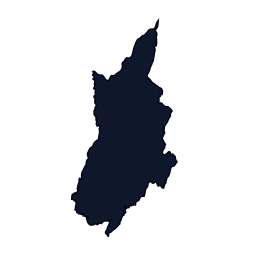 outline of Bucaramanga, Santander, Colombia, rotated 4°
{"feature_id": "7082276B15400349523065", "entity_name": "Bucaramanga", "entity_type": "district", "adm_level": 2, "iso_a3": "COL", "parent_name": "Colombia", "parent_adm1": "Santander", "projection": "equal_earth", "projection_center": [-73.115, 7.167], "detail": "fine", "context": "isolated", "style": "filled", "palette": "ink", "viewbox_px": 256, "rotation_deg": 4, "n_neighbors": 0, "source": "geoboundaries", "source_scale": "gbopen_adm2", "svg_char_len": 5802}
<svg xmlns="http://www.w3.org/2000/svg" viewBox="0 0 256 256"><g transform="rotate(4 128 128)"><path d="M159.5,92.3L159.8,91.4L159.9,88.8L159.3,87.6L158.4,86.2L155.6,85.2L154.5,84.1L152.7,83.4L151.7,82.7L151.2,82.1L150.3,81.8L149.5,81.2L147.9,79.9L147.2,78.8L145.9,77.5L144.1,76.3L143.7,75.5L143.4,74.5L143.4,73.4L144.4,71.7L145.0,70.3L146.2,65.1L147.3,62.6L147.5,61.2L148.4,59.4L149.4,49.2L149.6,48.5L149.3,47.0L148.8,46.3L148.6,45.6L148.9,45.0L150.1,44.2L150.4,43.8L150.6,41.8L150.3,37.6L149.9,36.2L150.1,33.6L150.1,31.6L149.6,30.6L148.6,29.4L148.5,28.9L148.6,28.2L149.9,26.1L150.5,24.8L150.7,18.7L149.7,20.2L148.9,22.5L148.7,23.8L148.2,25.2L147.8,26.4L147.2,27.1L146.5,27.5L143.6,27.9L142.2,28.5L140.6,30.9L138.2,34.0L137.8,34.3L136.3,34.9L134.7,36.4L133.5,37.8L132.0,38.6L131.4,39.2L131.0,39.9L130.1,41.8L128.7,46.5L128.2,48.3L127.4,53.6L126.7,55.9L125.7,57.3L124.6,58.2L124.1,58.3L122.2,58.1L121.5,58.2L120.1,60.2L119.3,62.1L118.3,62.7L117.9,63.5L117.7,64.5L118.2,66.9L118.0,68.4L117.5,70.0L116.6,71.5L115.7,72.4L113.6,73.8L113.2,74.5L112.4,74.9L111.3,76.2L109.5,76.9L108.0,76.9L107.5,77.2L106.2,80.0L105.9,81.2L105.4,81.8L104.6,82.1L102.7,81.6L101.0,79.7L100.3,78.7L98.8,77.1L96.3,77.2L94.4,76.8L93.2,76.2L91.8,74.7L90.3,73.8L90.0,73.7L88.9,74.2L89.8,75.5L89.7,76.6L89.4,77.4L89.2,77.4L89.3,78.1L89.6,78.4L90.5,78.4L90.7,78.8L90.8,79.2L90.6,80.1L89.7,81.4L89.8,82.0L90.1,82.2L90.7,81.8L91.2,81.9L91.5,82.2L91.7,83.1L91.7,83.8L91.5,84.9L91.5,86.3L91.5,87.0L91.8,87.8L91.9,88.5L91.9,89.1L91.0,90.5L91.0,91.1L92.8,91.6L93.0,91.8L92.7,94.6L93.2,96.8L93.2,97.7L93.0,98.0L92.2,98.1L92.1,98.3L91.9,99.3L92.0,99.8L92.9,100.6L93.1,101.0L93.1,104.3L93.3,105.4L93.6,105.9L94.8,107.1L95.0,107.5L93.9,109.3L93.6,111.9L93.0,113.5L92.9,113.9L93.2,115.0L93.2,116.5L93.8,117.7L94.9,118.7L95.3,119.4L95.6,122.4L96.2,123.4L96.4,124.2L96.0,126.1L96.8,127.7L97.1,128.2L97.7,128.2L99.0,127.2L99.7,127.2L99.8,127.4L100.1,128.3L99.7,128.9L99.6,130.2L99.4,130.9L99.8,132.6L100.0,135.1L99.6,137.3L99.5,140.2L98.8,142.0L96.9,143.3L95.3,145.2L94.6,146.7L94.2,148.5L93.5,149.3L91.8,150.6L91.3,151.3L89.6,155.7L89.4,156.7L89.6,158.2L90.5,160.2L90.6,161.5L90.3,162.1L89.8,162.3L89.4,162.8L88.9,164.7L88.8,167.2L88.6,168.1L87.7,169.4L86.3,173.1L85.7,174.3L85.2,176.1L85.0,178.8L85.4,181.1L85.4,182.5L85.0,182.7L83.8,181.6L83.3,181.5L82.9,182.3L82.8,183.1L83.1,184.8L82.6,186.3L82.4,187.9L81.9,189.1L81.9,191.0L81.6,192.0L82.1,193.1L82.2,194.1L82.1,195.0L81.1,196.0L78.6,197.0L77.2,198.4L76.9,198.9L76.8,199.7L76.8,202.9L77.1,202.8L77.8,203.0L79.1,203.8L80.3,204.8L81.7,205.2L81.4,206.5L81.6,208.1L81.4,209.1L81.1,209.5L81.3,211.8L81.0,212.4L81.0,212.8L80.8,213.2L82.3,214.0L82.8,214.0L82.6,214.7L83.1,216.0L85.0,216.6L85.4,216.5L85.6,215.7L85.6,216.5L85.4,217.0L87.4,216.7L87.3,217.4L88.4,217.5L88.5,217.1L89.5,217.3L89.5,218.8L93.5,219.1L94.7,219.4L94.7,219.8L93.9,220.6L93.2,220.3L92.8,220.3L93.0,221.3L94.5,225.0L95.9,226.6L96.3,226.8L96.4,227.1L97.8,227.4L98.6,227.5L99.6,226.8L100.3,227.0L100.5,226.8L100.6,226.2L101.0,226.1L101.3,226.2L101.5,225.6L102.0,225.6L103.7,226.5L104.3,226.4L105.1,225.9L105.4,224.7L108.3,225.1L108.7,224.1L110.9,222.3L112.0,222.3L113.3,222.1L114.9,222.3L115.4,222.0L116.6,221.1L116.8,221.5L116.5,222.5L116.4,223.3L115.9,225.0L115.7,225.8L114.5,228.6L114.1,231.1L113.1,232.5L112.9,233.2L112.9,234.0L113.0,234.6L114.7,235.8L115.2,237.0L115.6,237.3L115.9,237.3L116.1,236.0L116.0,235.2L116.3,233.9L117.0,233.7L118.3,232.9L120.5,230.5L121.2,230.2L121.9,229.6L122.1,229.2L122.6,228.9L122.8,228.3L123.8,227.5L124.0,227.4L124.5,226.7L124.6,226.1L124.9,225.6L125.6,225.1L125.5,224.5L126.1,224.6L126.6,224.1L126.2,223.5L126.5,222.8L126.4,222.4L127.4,220.6L127.4,219.9L127.7,219.3L127.8,218.2L127.9,217.7L128.6,216.3L129.2,215.6L129.8,215.4L130.5,213.3L130.8,213.3L131.0,213.1L131.1,212.6L131.6,212.4L131.1,210.9L131.0,209.4L129.9,206.5L130.3,206.2L130.4,205.7L130.9,206.0L131.7,208.4L134.1,207.0L134.1,206.4L134.5,207.1L134.7,206.7L134.4,205.3L134.7,205.1L135.6,205.4L136.8,204.5L136.9,205.2L137.2,205.0L137.3,204.6L138.4,204.7L140.2,203.8L140.5,204.0L140.5,203.8L140.9,203.8L140.8,202.0L140.5,202.1L140.4,201.6L141.1,201.4L142.0,200.5L143.4,199.8L144.1,198.9L144.6,197.3L145.7,195.5L148.9,194.9L148.9,193.8L149.3,193.2L149.3,192.3L149.6,190.6L149.6,190.0L149.5,189.5L149.8,188.7L150.2,187.0L151.6,185.0L151.9,181.8L153.0,180.1L153.4,179.7L154.0,179.7L154.9,180.3L155.0,180.1L155.3,180.6L156.5,181.3L157.6,181.1L159.5,179.6L160.4,180.6L161.2,182.3L162.2,183.8L162.9,183.4L163.9,183.2L164.5,183.2L165.1,183.8L166.2,185.2L167.3,185.5L167.8,185.3L168.1,183.5L168.4,182.1L169.7,179.5L169.5,178.6L169.5,178.3L169.4,178.3L169.4,177.8L168.9,177.4L169.3,177.2L169.3,177.6L169.6,177.7L169.9,177.6L169.9,176.9L170.4,174.8L172.0,172.8L172.2,171.3L172.4,170.9L172.7,169.9L173.4,165.1L174.0,164.0L174.8,163.1L176.0,162.9L176.6,162.7L176.9,162.3L179.2,158.3L178.3,157.1L177.5,155.7L177.3,154.8L177.2,153.8L177.0,153.1L176.6,152.9L176.1,152.8L175.8,152.1L174.7,151.0L174.3,150.9L173.5,151.6L172.5,151.1L172.1,150.5L171.9,149.6L171.3,148.9L170.9,148.8L170.3,148.9L169.5,149.6L168.4,151.0L166.4,152.4L165.8,152.4L164.7,151.5L163.9,150.6L164.1,148.8L164.4,147.8L165.0,146.8L165.9,144.9L166.0,142.8L166.5,141.8L164.7,139.4L162.8,136.0L163.0,134.9L163.6,133.8L164.1,131.9L164.6,131.4L164.8,130.7L164.8,129.9L164.2,128.5L164.1,127.8L164.2,124.7L164.3,123.7L166.7,119.4L168.3,115.1L169.5,112.9L169.3,111.7L169.4,110.3L170.2,108.8L170.8,108.1L170.5,107.5L169.3,106.2L166.9,104.2L166.4,104.0L164.1,104.1L163.5,103.9L161.9,103.0L160.4,101.4L159.6,100.9L158.4,100.7L157.5,101.1L157.1,101.1L156.3,100.5L156.4,100.0L156.9,99.7L157.0,98.9L156.9,97.1L156.7,96.0L156.4,95.6L156.4,95.0L156.7,94.7L157.7,94.5L158.1,93.8L158.1,93.4L157.8,92.9L157.9,92.2L158.7,92.0L159.5,92.3Z" fill="#0f172a" stroke="#020617" stroke-width="1.5"/></g></svg>